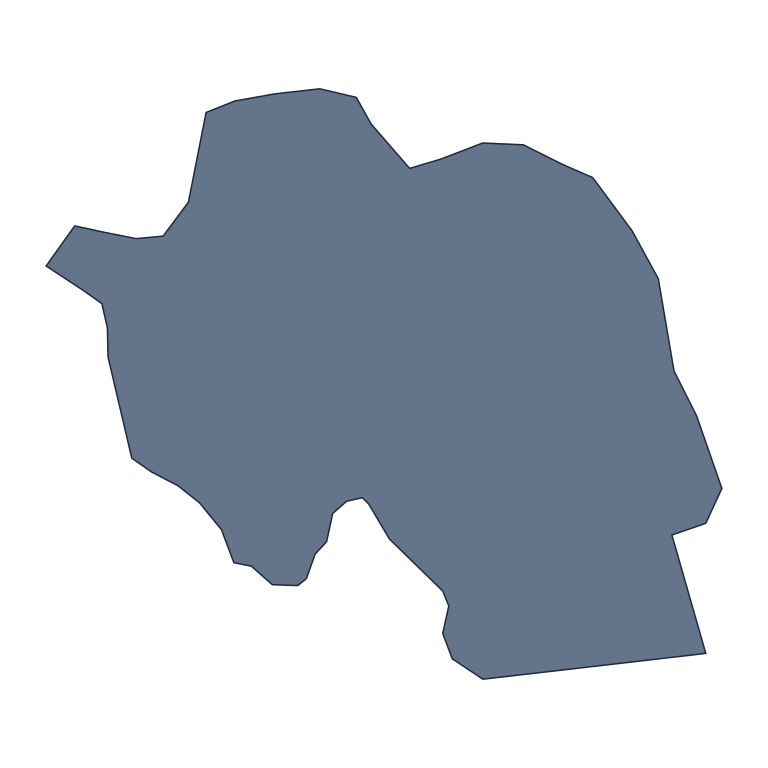 outline of Butembo, Nord-Kivu, Democratic Republic of the Congo
{"feature_id": "63176286B17770065929195", "entity_name": "Butembo", "entity_type": "district", "adm_level": 2, "iso_a3": "COD", "parent_name": "Democratic Republic of the Congo", "parent_adm1": "Nord-Kivu", "projection": "mercator", "projection_center": [29.271, 0.138], "detail": "fine", "context": "isolated", "style": "filled", "palette": "slate", "viewbox_px": 768, "rotation_deg": 0, "n_neighbors": 0, "source": "geoboundaries", "source_scale": "gbopen_adm2", "svg_char_len": 774}
<svg xmlns="http://www.w3.org/2000/svg" viewBox="0 0 768 768"><path d="M705.8,653.4L671.9,535.0L705.8,523.3L721.9,488.4L696.6,415.9L674.0,370.9L658.3,278.7L632.1,230.8L592.7,177.6L562.7,164.5L523.3,144.8L482.7,143.0L440.7,159.1L409.7,168.4L371.2,124.1L356.3,97.4L319.8,88.8L275.0,93.8L234.8,101.0L206.1,112.5L188.4,202.2L163.1,236.1L136.2,238.6L104.3,232.3L74.7,225.9L46.1,266.0L84.0,290.9L101.9,303.7L107.4,327.9L108.0,356.8L131.8,458.2L151.1,471.7L178.0,485.8L199.4,502.7L221.4,529.6L233.9,562.7L251.4,566.2L272.3,584.7L297.7,585.6L306.4,578.6L315.2,554.0L326.6,541.7L332.7,513.5L346.7,501.2L362.5,497.7L368.6,503.9L389.5,539.1L439.8,588.2L442.8,591.1L448.8,606.0L442.7,633.4L452.3,658.9L482.9,679.2L705.8,653.4Z" fill="#64748b" stroke="#1e293b" stroke-width="1.5"/></svg>